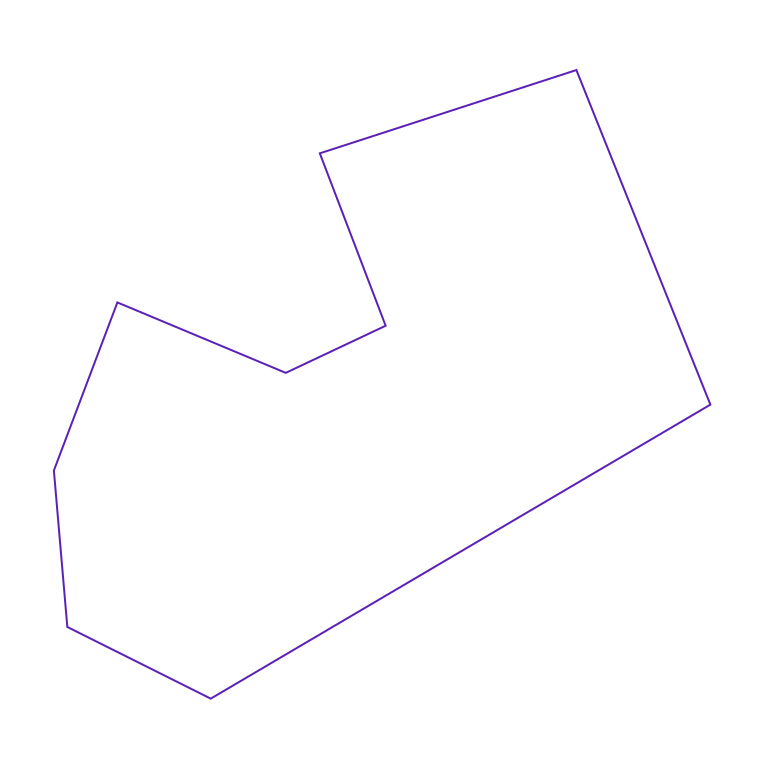 an SVG outline of Aiga-i-le-Tai, rotated 2°
{"feature_id": "WSM-4986", "entity_name": "Aiga-i-le-Tai", "entity_type": "state/province", "adm_level": 1, "iso_a3": "WSM", "parent_name": "Samoa", "parent_adm1": "", "projection": "mercator", "projection_center": [-172.029, -13.872], "detail": "fine", "context": "isolated", "style": "outline", "palette": "violet", "viewbox_px": 768, "rotation_deg": 2, "n_neighbors": 0, "source": "natural_earth", "source_scale": "10m", "svg_char_len": 281}
<svg xmlns="http://www.w3.org/2000/svg" viewBox="0 0 768 768"><g transform="rotate(2 384 384)"><path d="M311.8,155.7L565.3,63.5L710.9,393.2L221.8,704.5L76.0,637.9L57.1,482.0L114.7,311.8L285.4,376.3L383.6,325.7L311.8,155.7Z" fill="none" stroke="#5b21b6" stroke-width="2"/></g></svg>